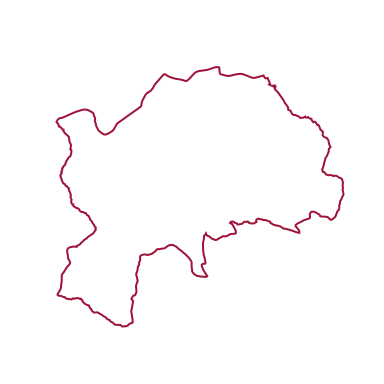 Bumula, Western, Kenya (Albers equal-area conic projection), rotated 80°
{"feature_id": "3690345B11418167735466", "entity_name": "Bumula", "entity_type": "district", "adm_level": 2, "iso_a3": "KEN", "parent_name": "Kenya", "parent_adm1": "Western", "projection": "albers", "projection_center": [34.469, 0.568], "detail": "fine", "context": "isolated", "style": "outline", "palette": "rose", "viewbox_px": 384, "rotation_deg": 80, "n_neighbors": 0, "source": "geoboundaries", "source_scale": "gbopen_adm2", "svg_char_len": 5975}
<svg xmlns="http://www.w3.org/2000/svg" viewBox="0 0 384 384"><g transform="rotate(80 192 192)"><path d="M235.0,50.4L232.8,49.6L230.7,49.4L229.5,48.5L227.2,47.8L226.2,47.3L225.3,46.2L224.0,45.7L221.0,43.3L218.5,43.1L216.0,43.3L214.0,42.6L212.8,42.6L210.3,42.2L209.2,41.7L205.3,42.0L204.3,43.0L203.7,44.2L201.2,46.9L200.7,49.1L200.8,50.4L199.7,51.3L199.3,53.0L199.2,54.8L197.9,57.0L195.5,58.2L195.0,59.5L192.7,60.0L190.5,58.6L189.0,58.0L187.8,57.3L185.3,56.5L184.3,55.7L181.8,54.7L179.9,52.8L177.7,51.5L176.0,50.3L174.8,50.2L173.4,49.7L171.7,47.8L169.1,48.6L164.9,48.7L163.9,49.0L163.1,49.7L162.2,49.9L160.9,52.1L159.9,53.0L158.7,53.5L156.1,52.7L155.0,52.8L153.1,54.6L148.9,55.4L148.0,55.9L147.9,56.9L144.4,58.3L144.0,59.3L144.4,60.4L141.9,61.7L140.6,61.7L140.2,63.0L139.6,63.9L138.4,64.6L138.7,66.0L138.5,67.0L137.4,67.3L138.1,69.4L138.0,72.3L136.2,73.7L134.1,77.0L134.0,78.3L132.3,80.0L130.2,80.5L128.9,81.0L127.9,82.9L126.7,83.0L125.6,82.6L123.2,83.6L120.4,85.1L117.3,86.0L109.3,89.8L104.8,92.7L102.6,91.4L101.5,91.8L101.4,92.8L102.8,93.0L101.7,93.9L101.2,94.7L100.9,95.6L99.5,97.5L98.5,96.4L96.2,96.9L94.1,97.6L92.8,97.7L92.9,99.7L92.0,100.6L89.7,101.3L90.5,110.3L90.2,112.0L89.8,113.2L84.7,121.6L84.0,124.0L83.8,129.0L84.2,134.5L84.1,135.9L83.8,137.2L80.9,143.5L79.7,144.0L74.0,143.6L73.5,144.9L73.2,147.7L74.4,155.6L74.1,163.9L74.4,166.5L74.7,167.5L75.9,169.6L80.2,175.2L81.4,177.2L81.7,178.7L79.6,182.9L77.2,189.5L75.4,193.0L73.4,196.0L71.6,197.7L71.2,199.0L71.9,200.3L79.4,209.6L80.5,210.7L82.7,212.3L84.8,214.6L85.6,216.0L86.9,219.3L88.2,220.9L93.5,225.1L96.7,226.5L97.8,226.8L98.7,227.3L99.4,228.4L111.4,253.5L112.3,254.5L116.7,258.0L118.2,260.0L119.9,264.2L120.4,267.2L120.0,268.8L118.7,270.2L118.0,271.2L116.3,272.3L115.4,273.3L111.4,274.6L109.3,275.0L108.2,274.9L105.7,275.3L104.6,275.3L103.3,274.7L102.1,274.7L99.3,275.4L97.8,275.3L96.8,275.8L93.7,279.5L92.9,280.8L92.1,283.4L92.0,285.5L92.9,292.7L96.3,306.7L96.4,309.2L96.7,310.5L97.5,311.7L99.4,313.3L100.4,312.9L101.1,312.2L102.3,311.7L103.7,311.9L104.7,311.4L104.9,310.3L107.7,308.9L108.3,307.6L109.7,308.1L110.5,307.5L111.6,307.2L116.2,303.7L117.6,303.9L119.3,303.7L120.8,304.0L124.4,303.0L126.5,303.5L128.8,304.4L129.6,303.6L131.1,303.7L133.6,304.5L135.9,305.8L136.3,306.9L137.1,308.1L138.4,309.0L139.5,310.3L140.6,310.7L141.2,311.4L143.0,312.0L144.4,314.2L145.5,314.7L146.1,315.7L148.4,316.1L148.8,317.0L149.8,317.3L150.7,316.9L152.4,318.6L153.5,318.8L157.0,318.2L158.2,318.3L159.7,317.6L161.1,317.4L161.9,316.0L164.1,315.2L164.5,314.2L165.7,313.8L166.8,312.6L168.1,313.0L172.2,312.0L174.5,311.9L175.6,312.5L176.9,312.4L178.6,311.9L180.9,312.8L183.4,312.1L183.7,311.1L185.0,311.3L186.0,310.5L187.8,308.5L188.1,307.4L188.7,306.7L189.6,306.1L190.9,305.9L191.7,305.1L192.5,304.3L192.7,302.8L193.8,301.9L194.2,300.4L196.6,299.3L197.4,298.1L200.5,297.1L201.6,297.0L203.9,295.6L205.4,295.3L207.2,294.3L208.3,294.2L210.2,292.9L211.2,293.5L212.4,293.2L215.9,296.8L216.5,298.7L217.6,300.8L218.0,302.0L219.5,304.0L220.5,306.6L221.5,307.7L223.0,310.3L224.2,311.6L225.1,314.8L226.0,315.1L225.6,316.3L225.1,319.0L225.4,322.6L225.9,323.8L226.6,324.5L227.9,325.1L229.8,325.4L231.1,325.2L235.7,325.5L238.8,324.5L240.6,324.3L242.0,325.3L244.4,328.3L249.1,332.6L249.9,333.6L251.3,334.7L257.3,335.8L261.4,337.2L263.4,337.6L265.6,338.9L268.7,341.7L270.0,342.3L271.1,341.0L271.5,339.4L272.3,337.9L273.1,336.9L273.5,335.5L274.9,334.7L275.8,332.7L276.3,330.8L276.9,329.3L276.1,327.5L276.7,326.4L276.4,325.4L276.5,323.7L276.9,322.1L277.8,321.1L277.8,319.8L278.9,319.6L279.9,318.6L280.9,318.8L283.2,317.1L284.7,315.5L285.9,313.1L287.3,313.0L289.0,312.4L289.8,311.6L291.3,311.4L293.3,309.9L293.9,308.5L294.0,306.1L296.8,302.9L297.2,302.1L298.3,301.4L300.8,298.4L302.0,297.9L302.8,297.2L303.8,295.3L305.2,294.9L306.7,292.9L307.8,291.9L308.8,291.4L309.5,290.4L310.5,285.5L312.2,284.2L312.6,283.2L312.4,282.0L312.8,280.8L312.6,278.6L311.8,277.9L311.1,276.6L310.6,275.0L310.7,274.0L310.2,273.1L307.6,272.7L298.7,272.5L289.7,269.0L288.4,269.2L287.8,269.9L286.3,270.1L283.9,267.8L283.8,266.1L281.9,264.6L280.4,264.0L275.1,263.5L273.9,263.1L270.0,260.9L263.4,261.3L262.4,261.0L261.5,260.2L259.2,259.1L257.7,258.8L255.2,257.6L254.6,256.7L252.1,256.3L251.1,255.4L249.8,254.8L246.7,254.4L245.7,253.5L245.3,252.1L245.2,250.1L245.5,248.5L246.2,247.3L246.3,244.6L245.9,243.3L246.0,242.3L243.9,238.3L242.4,236.5L242.3,235.5L242.7,234.3L242.5,232.0L242.7,231.0L242.6,228.5L240.9,225.1L240.4,223.3L240.6,220.5L243.2,216.8L245.6,215.2L248.2,212.6L250.6,210.8L251.4,209.9L256.7,206.2L260.2,204.7L261.3,204.6L264.4,205.2L270.4,205.6L273.1,204.3L275.3,201.9L276.1,199.8L276.7,198.7L276.8,197.4L277.7,194.7L277.7,193.6L278.1,192.7L277.6,191.6L271.0,194.3L266.8,195.2L265.4,195.1L264.6,193.8L264.9,191.7L264.2,191.0L258.9,191.0L255.9,191.4L251.1,191.1L246.0,190.4L243.7,189.9L239.5,188.1L238.4,188.1L237.0,187.5L236.2,186.3L235.2,185.5L236.4,185.3L237.7,184.6L238.3,183.2L241.2,180.7L243.3,177.4L243.4,176.1L241.0,169.6L241.0,168.4L241.5,167.1L241.4,165.2L240.1,161.4L240.5,157.3L240.3,156.1L238.8,155.7L237.4,155.7L230.3,158.1L229.9,159.1L229.1,159.9L228.3,159.1L228.0,157.6L228.4,156.4L230.0,154.9L230.7,153.3L232.0,152.8L232.0,148.2L230.4,145.7L230.9,143.4L230.6,142.6L231.1,141.6L232.2,141.4L233.2,139.5L233.7,136.0L233.1,135.0L232.8,133.8L231.7,133.9L230.5,133.4L229.9,132.1L229.8,130.9L230.6,129.9L231.1,127.7L232.0,126.9L232.0,125.7L232.8,123.7L234.2,121.3L235.0,120.1L236.0,120.2L238.6,117.1L239.1,115.7L239.8,114.6L240.0,113.4L241.3,110.9L243.9,108.3L244.5,106.1L245.4,104.3L245.8,103.1L246.6,102.1L247.3,100.2L249.1,97.4L250.4,94.7L250.8,93.4L249.2,93.1L247.7,93.6L243.5,96.0L242.4,95.5L241.1,93.0L240.4,89.9L239.2,86.6L238.4,80.9L237.5,80.2L234.7,79.9L233.4,79.3L232.6,78.6L232.2,77.4L232.4,76.0L233.0,74.6L236.4,70.4L238.0,70.0L238.6,69.0L239.4,65.1L240.2,63.1L241.1,61.9L242.7,61.1L243.6,60.0L242.9,57.8L241.2,55.1L240.2,54.4L238.9,53.9L238.0,53.0L236.7,52.4L235.7,51.6L235.0,50.4Z" fill="none" stroke="#9f1239" stroke-width="2"/></g></svg>